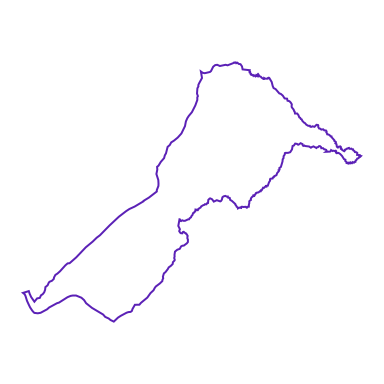 San Sebastian De Buenavista, Magdalena, Colombia
{"feature_id": "7082276B86885648349086", "entity_name": "San Sebastian De Buenavista", "entity_type": "district", "adm_level": 2, "iso_a3": "COL", "parent_name": "Colombia", "parent_adm1": "Magdalena", "projection": "natural_earth1", "projection_center": [-74.12, 9.349], "detail": "fine", "context": "isolated", "style": "outline", "palette": "violet", "viewbox_px": 384, "rotation_deg": 0, "n_neighbors": 0, "source": "geoboundaries", "source_scale": "gbopen_adm2", "svg_char_len": 5997}
<svg xmlns="http://www.w3.org/2000/svg" viewBox="0 0 384 384"><path d="M40.6,312.8L47.1,309.3L49.1,307.5L57.0,303.2L59.0,302.6L67.5,297.2L70.6,295.9L72.9,295.5L76.0,295.5L81.4,297.7L84.1,300.1L86.1,303.2L92.0,307.9L103.1,314.5L105.2,316.9L108.7,318.5L110.5,320.0L113.8,321.6L118.0,317.6L120.8,315.8L126.6,312.7L128.4,312.1L130.6,311.9L131.9,310.9L132.5,309.0L134.9,304.8L139.4,304.7L141.0,302.8L147.3,297.6L150.5,293.1L153.5,290.3L154.7,288.0L155.8,286.5L159.8,283.5L162.3,281.1L162.5,279.7L163.2,278.3L162.9,276.7L163.9,273.4L165.4,272.2L167.8,269.1L168.7,267.4L170.8,265.9L172.7,264.0L172.9,262.2L174.6,260.4L174.7,259.5L174.2,258.0L174.6,256.6L174.5,254.8L175.0,251.6L177.3,249.7L179.7,248.9L181.1,246.4L182.4,245.7L183.8,245.6L186.9,243.3L187.9,242.0L187.9,239.4L187.4,238.5L187.4,236.7L187.7,236.0L186.7,234.2L186.2,234.0L185.8,233.2L184.9,232.9L183.7,231.8L182.8,232.1L182.3,233.3L180.9,233.2L180.1,232.6L179.2,231.1L179.9,229.2L178.3,225.9L179.5,219.3L179.9,219.4L180.5,220.9L181.0,221.1L182.2,220.3L183.5,220.8L185.0,220.8L188.0,219.4L189.1,219.3L189.6,218.3L191.0,217.3L191.5,216.0L192.4,215.1L193.1,213.1L193.9,212.8L194.6,211.7L195.2,211.5L195.5,209.6L196.2,209.9L196.9,209.6L197.2,210.2L197.8,210.2L198.8,208.6L200.6,207.5L201.2,206.4L203.2,205.2L204.5,204.8L204.9,204.2L206.4,204.3L207.1,203.2L208.0,203.0L208.3,199.9L209.7,198.5L210.3,198.4L212.1,199.3L213.8,201.6L216.8,200.2L220.2,201.4L221.0,201.0L221.9,199.6L222.4,197.3L223.5,196.4L225.3,195.9L227.0,196.7L227.8,196.5L228.2,197.7L229.7,197.9L230.2,199.9L231.9,200.9L235.3,204.0L235.3,204.6L236.2,205.6L236.6,206.7L237.8,207.5L237.9,208.4L239.6,207.6L241.1,207.9L241.2,207.0L241.9,206.7L243.3,207.0L245.6,206.8L246.7,207.7L247.1,207.6L247.4,206.8L248.8,206.7L248.9,204.5L249.3,203.2L249.3,201.4L249.6,200.8L250.9,200.0L250.9,198.5L251.6,197.4L252.8,196.3L253.9,196.1L253.5,195.3L255.1,194.8L255.8,193.2L256.4,193.2L256.9,192.6L258.5,192.4L260.2,191.0L260.6,191.2L260.8,190.7L261.0,190.9L261.8,190.1L263.1,187.7L263.9,187.9L265.4,186.5L266.2,186.6L266.1,185.9L267.8,185.7L269.0,182.3L270.1,180.6L270.0,179.4L270.3,178.8L272.6,178.5L272.9,177.5L273.6,177.3L273.9,176.5L274.4,176.5L274.8,175.9L276.4,175.2L277.2,173.0L278.8,171.2L278.6,170.2L279.3,170.0L279.6,169.3L279.3,168.1L280.9,166.9L282.5,161.5L282.7,159.3L283.5,158.2L283.6,156.2L284.7,154.6L284.9,153.1L285.4,152.9L287.9,152.9L290.2,152.2L292.0,149.4L292.6,146.0L293.9,145.5L295.2,143.6L297.0,143.9L298.0,144.7L298.5,144.7L300.6,143.2L302.5,144.1L302.7,145.2L303.3,145.9L304.4,145.5L305.0,146.0L309.1,146.5L310.9,147.7L311.7,147.1L313.5,146.4L316.4,148.0L316.8,147.4L318.1,147.1L319.1,146.1L319.9,146.1L321.0,147.0L321.3,148.2L323.1,148.2L324.3,149.4L325.0,149.4L326.2,149.9L326.8,151.1L325.9,151.8L330.0,151.6L330.8,150.9L331.1,150.1L332.5,151.0L333.1,150.7L334.7,151.0L335.7,150.7L336.2,151.2L336.3,151.9L335.9,152.4L336.1,152.8L336.6,153.2L338.5,152.9L340.2,154.0L342.0,155.9L344.0,159.1L345.4,159.7L345.3,161.0L346.6,162.2L346.6,162.9L347.4,162.8L347.2,163.2L347.8,163.4L348.6,163.1L348.9,163.5L350.0,162.5L350.3,163.0L350.6,162.7L351.0,163.1L351.4,162.7L352.1,163.1L352.8,162.1L353.9,162.7L354.6,161.9L355.4,161.9L355.7,160.4L356.3,160.2L357.3,158.5L358.3,158.3L359.1,157.5L359.2,156.8L360.1,156.9L361.0,156.0L360.4,155.8L359.9,155.1L357.1,154.9L357.3,153.0L356.5,152.3L354.9,152.1L354.5,151.1L353.3,150.4L353.1,149.4L352.3,149.4L351.4,148.6L350.0,148.9L349.2,148.4L349.0,147.9L348.3,148.0L347.8,148.6L346.6,148.7L345.8,149.5L345.0,149.7L344.9,150.5L344.2,151.2L342.1,149.9L341.7,149.0L341.0,148.9L341.1,148.1L340.6,147.8L340.8,146.9L340.3,146.4L338.3,146.8L338.0,147.5L337.7,147.5L336.8,146.6L336.5,144.2L335.4,143.3L335.9,142.6L335.8,141.9L334.3,140.9L334.3,140.2L331.8,137.4L331.5,136.4L330.6,136.4L330.1,135.6L328.9,134.7L327.2,134.3L327.2,133.6L326.3,132.4L326.6,131.4L326.0,130.5L324.3,130.4L323.2,129.3L321.3,129.6L320.3,128.7L319.1,128.5L318.2,126.9L318.3,125.6L318.0,125.0L316.5,124.8L314.5,126.8L312.4,126.3L311.6,126.8L310.7,126.8L310.3,126.7L309.9,125.8L308.2,125.8L306.2,124.6L305.1,123.2L304.0,122.6L302.3,120.8L301.7,119.4L300.8,119.0L300.2,117.8L299.3,117.4L298.4,115.1L297.2,113.5L295.0,113.5L294.6,111.5L294.0,110.9L293.7,109.7L291.8,107.3L291.6,106.2L291.8,104.3L290.7,102.5L289.4,101.2L287.5,100.7L287.1,98.7L284.6,98.4L282.8,95.6L280.8,93.9L279.3,93.4L275.6,89.1L273.6,88.1L272.7,86.0L271.7,82.0L269.3,78.0L268.8,77.7L268.1,77.9L268.0,78.5L267.5,78.7L265.1,78.6L264.1,78.0L263.9,79.0L263.5,79.0L261.5,77.6L260.9,76.8L259.5,76.2L258.6,74.8L258.4,75.4L258.2,75.1L258.0,75.5L257.6,74.7L257.3,75.2L256.3,74.9L256.0,75.6L256.3,76.0L255.4,75.8L255.6,76.2L255.4,76.4L253.9,75.2L253.4,75.7L253.2,75.2L252.5,75.2L252.1,74.8L251.3,74.9L250.9,74.5L251.1,74.2L251.0,73.8L250.5,73.7L250.2,72.5L249.6,72.4L249.5,71.8L249.9,71.4L249.5,70.9L249.7,70.2L242.6,69.4L242.0,66.4L240.5,64.2L238.7,63.9L237.4,62.7L236.2,63.2L235.7,62.4L234.5,62.8L234.1,62.5L233.1,63.2L227.6,65.3L225.6,64.8L219.9,66.0L217.2,64.8L215.2,65.1L213.2,66.7L211.0,71.1L209.9,72.0L204.7,73.2L202.7,72.8L200.9,71.5L202.0,78.0L199.0,83.5L198.3,85.1L198.4,86.4L197.4,88.3L197.0,93.6L197.9,96.1L197.3,97.3L197.3,100.0L195.3,105.5L191.9,112.2L188.8,115.9L187.3,118.2L185.9,121.4L185.0,126.1L181.4,133.5L177.7,137.6L173.9,140.7L171.2,142.4L169.8,145.0L167.6,146.9L166.0,153.3L164.8,155.4L164.1,158.1L160.8,161.9L158.5,165.7L157.1,166.8L157.3,169.6L156.4,174.0L158.3,180.0L158.5,183.6L158.4,186.0L156.8,190.1L156.8,191.5L148.9,197.6L143.5,200.9L143.5,201.3L134.6,206.6L129.4,209.0L126.2,211.1L118.9,216.7L109.6,225.4L99.9,235.3L96.7,237.7L92.7,241.6L85.8,247.3L76.2,257.4L69.6,263.2L67.6,263.4L65.4,265.3L60.0,271.3L57.4,273.6L55.4,274.9L54.0,277.5L53.8,278.9L51.9,280.8L49.9,281.6L48.9,282.4L47.6,285.3L45.4,287.1L45.1,289.8L44.2,292.3L42.7,294.2L41.0,295.3L39.8,297.9L37.1,298.4L34.4,301.7L31.2,297.1L29.7,293.9L28.8,291.1L23.0,292.9L24.7,294.3L25.5,296.0L27.0,300.8L28.6,304.3L30.1,307.4L32.3,310.7L33.7,312.3L34.4,312.9L37.8,313.3L40.6,312.8Z" fill="none" stroke="#5b21b6" stroke-width="2"/></svg>